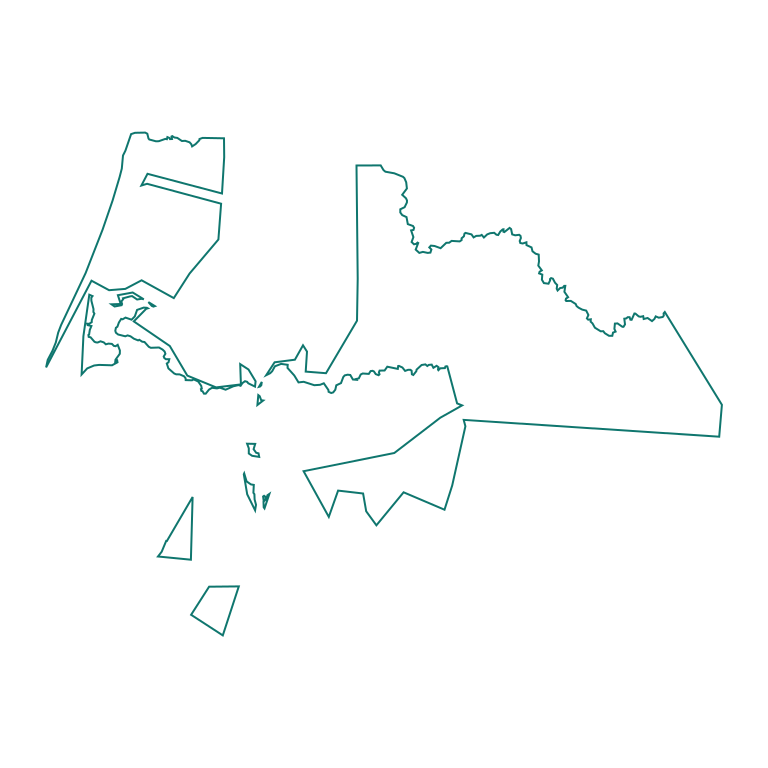 the district of Napranum, Queensland, Australia
{"feature_id": "25037944B72297710108089", "entity_name": "Napranum", "entity_type": "district", "adm_level": 2, "iso_a3": "AUS", "parent_name": "Australia", "parent_adm1": "Queensland", "projection": "albers", "projection_center": [142.04, -12.587], "detail": "fine", "context": "isolated", "style": "outline", "palette": "teal", "viewbox_px": 768, "rotation_deg": 0, "n_neighbors": 0, "source": "geoboundaries", "source_scale": "gbopen_adm2", "svg_char_len": 6105}
<svg xmlns="http://www.w3.org/2000/svg" viewBox="0 0 768 768"><path d="M447.3,366.4L457.1,403.4L462.1,405.4L440.3,417.7L394.3,453.0L303.6,471.2L328.8,516.9L338.1,490.6L363.1,493.5L366.2,511.3L376.4,525.3L403.6,492.3L444.5,509.7L452.2,485.5L465.4,426.3L463.7,419.9L719.2,436.7L721.9,404.8L664.8,312.0L663.6,313.4L663.8,315.6L662.7,317.0L658.8,317.7L655.7,316.4L654.4,319.0L652.0,321.1L647.6,318.0L643.7,319.0L643.2,316.2L640.5,316.8L638.7,316.4L635.4,313.6L634.4,313.5L631.6,319.8L630.4,319.7L629.6,317.2L627.7,317.2L626.3,318.4L624.3,318.7L625.0,324.4L623.5,326.8L622.4,326.8L617.5,323.4L614.9,323.6L614.4,328.9L615.6,331.6L613.0,332.6L612.3,335.8L609.0,335.8L604.8,333.2L603.3,331.2L600.7,331.3L594.9,327.7L592.5,323.4L590.6,321.6L590.8,319.3L588.2,319.7L586.9,318.4L588.4,315.0L586.2,310.6L582.2,309.6L578.6,307.7L576.6,306.1L575.7,304.0L570.8,300.9L566.2,301.0L565.6,300.2L566.0,298.6L568.1,297.2L564.4,291.8L565.3,285.9L564.2,285.9L562.7,287.7L560.2,288.0L557.6,290.5L556.7,288.7L557.2,285.0L555.0,282.7L552.9,278.7L551.1,278.1L550.0,279.1L550.1,280.4L548.5,283.7L543.9,283.1L541.9,279.7L542.3,274.6L539.1,273.4L539.6,271.7L541.8,270.4L538.3,265.6L539.0,261.5L538.7,254.6L535.6,253.7L532.5,251.3L531.5,247.4L526.5,245.1L526.4,242.3L522.7,243.5L520.3,243.0L519.7,241.0L520.9,238.0L520.5,235.9L519.2,234.8L515.2,235.3L512.2,234.4L511.1,229.1L509.6,227.9L504.3,232.1L503.4,231.7L503.5,229.3L502.7,229.4L500.3,231.5L498.2,235.0L496.4,234.7L494.2,232.8L490.2,233.2L487.2,234.4L483.9,237.5L481.7,234.9L480.2,235.7L476.2,235.9L473.6,237.4L471.5,234.4L465.5,232.9L464.5,233.6L463.9,236.3L461.6,238.3L461.6,240.1L459.7,241.4L451.6,240.9L449.2,242.7L446.3,242.8L440.6,248.2L434.6,246.0L430.9,245.6L429.3,247.4L431.4,249.5L430.4,252.6L427.7,252.9L422.9,251.9L419.3,252.9L415.7,249.6L418.2,243.0L417.5,242.6L416.3,243.8L414.0,244.3L411.6,242.0L413.4,237.1L411.1,230.4L413.5,229.9L414.1,227.8L413.0,226.0L407.8,224.1L406.5,217.1L402.2,215.1L400.3,212.5L400.3,209.3L404.6,207.2L406.9,202.5L407.0,200.5L406.0,198.3L402.2,194.8L406.9,188.5L406.2,182.3L404.4,178.1L403.0,176.8L394.3,173.3L385.4,171.7L383.5,170.1L380.7,165.4L356.5,165.5L357.7,278.8L357.0,320.7L326.0,373.2L305.7,371.6L307.0,351.6L303.0,345.3L294.9,359.7L274.6,362.3L266.2,375.2L270.2,373.2L272.2,371.2L274.9,366.3L281.1,363.9L287.7,364.8L287.5,367.9L294.3,375.5L298.5,382.4L303.7,381.8L314.3,385.2L320.1,384.8L323.8,383.3L328.4,390.0L328.6,391.8L331.2,393.0L333.2,392.4L335.3,389.7L336.3,385.3L341.0,383.1L343.3,377.0L344.7,375.4L347.6,374.7L350.3,375.0L352.9,379.5L356.6,379.8L356.1,379.0L358.8,378.4L360.7,374.5L362.7,373.5L368.8,373.9L370.6,371.1L372.6,370.8L374.0,371.5L375.7,374.1L378.6,375.2L379.5,374.3L378.9,372.3L379.6,370.6L384.6,370.5L387.3,366.7L397.8,368.9L398.2,366.0L398.9,365.9L402.4,367.5L405.1,370.9L408.1,369.8L410.4,369.8L411.6,370.7L411.9,374.3L413.3,375.0L416.3,371.2L416.6,369.6L421.6,365.0L425.4,364.4L427.3,366.0L428.8,364.9L431.7,364.6L433.4,367.8L436.6,365.8L438.4,367.1L438.0,369.6L438.4,370.2L440.3,368.3L444.9,368.1L445.4,366.5L446.6,366.2L447.3,366.4ZM224.0,138.3L202.6,137.9L199.5,139.0L199.3,140.3L195.6,144.1L192.1,146.4L191.3,144.2L189.6,142.3L185.2,140.8L181.9,141.0L177.3,137.9L174.4,137.5L172.3,136.1L171.5,136.5L172.0,139.0L170.0,139.1L169.5,138.0L167.4,137.1L166.9,139.2L165.3,138.9L158.8,141.2L156.0,141.3L149.3,139.5L148.5,138.5L147.3,133.7L145.2,132.6L135.0,132.8L131.1,134.1L125.4,150.7L123.0,155.5L121.8,168.6L119.6,177.1L112.6,200.5L102.6,229.6L85.6,273.1L61.1,325.0L58.2,332.6L55.8,342.5L52.5,350.7L47.7,359.9L46.1,367.4L91.5,280.7L109.1,290.2L125.3,288.9L141.6,280.3L173.8,298.1L189.6,273.5L218.4,239.5L221.1,203.7L147.1,183.8L141.4,185.5L147.5,173.8L222.0,193.5L224.2,157.2L224.0,138.3ZM118.1,334.5L125.3,336.3L127.6,335.4L130.5,336.3L133.9,338.7L138.1,340.4L139.3,339.8L142.2,341.7L144.5,342.0L148.8,346.8L150.8,347.8L159.0,347.5L162.6,349.6L164.6,351.5L165.4,353.8L163.7,356.5L164.3,358.0L165.9,359.2L169.3,359.2L168.5,362.3L166.8,363.5L168.4,368.4L174.2,373.5L176.1,374.3L179.7,374.4L184.1,376.3L185.6,378.3L185.7,380.1L192.0,380.3L193.7,379.4L198.2,381.5L201.2,385.8L201.8,388.6L200.9,389.1L201.3,390.8L202.6,391.3L204.0,393.7L205.7,393.7L209.0,389.6L212.0,387.8L217.0,388.4L219.9,387.7L225.6,389.7L233.3,386.3L238.5,385.1L240.6,385.8L242.4,383.1L245.0,381.2L247.1,381.8L248.3,383.3L255.0,386.6L255.6,381.3L248.5,369.5L240.2,364.1L240.9,384.4L216.1,387.4L187.3,375.6L169.8,346.0L133.8,321.4L146.2,308.8L147.8,308.3L146.9,307.8L143.7,307.6L137.1,309.9L134.8,316.4L131.6,319.7L125.5,317.6L122.6,319.3L121.2,318.9L118.9,322.5L117.4,326.7L115.9,327.8L115.3,330.8L115.9,332.7L118.1,334.5ZM238.8,586.4L209.1,586.7L191.1,614.8L222.8,635.4L238.8,586.4ZM81.6,374.5L87.2,368.4L94.1,365.5L99.1,364.9L112.0,365.3L117.5,362.3L117.0,359.4L116.2,362.0L115.2,362.1L115.5,359.7L119.8,353.8L119.9,350.5L117.7,344.8L115.6,346.2L113.9,345.9L111.9,343.9L108.5,343.6L105.8,344.3L103.8,342.4L100.5,341.3L97.7,342.5L96.1,342.4L94.5,341.8L90.6,337.3L88.7,336.9L88.4,335.0L89.1,334.5L89.8,329.9L91.4,326.0L87.6,325.1L87.2,323.7L89.2,323.8L91.7,322.2L91.8,320.0L94.4,313.6L93.4,312.0L93.5,309.1L91.4,300.8L91.3,297.7L92.5,296.1L89.3,294.7L83.4,336.2L81.6,374.5ZM166.2,540.9L161.7,551.7L158.0,556.5L190.9,559.7L192.6,497.0L166.9,541.0L166.2,540.9ZM255.1,510.3L256.0,504.8L254.6,499.4L254.4,494.2L253.4,492.8L253.8,484.9L250.9,484.4L246.6,481.4L244.2,473.4L243.8,474.3L247.2,494.3L255.1,510.3ZM111.5,304.3L114.6,306.5L121.6,305.2L122.1,304.0L121.3,301.6L123.3,299.0L123.0,298.3L130.1,296.4L132.1,296.1L137.1,299.5L141.5,298.8L143.8,299.3L132.7,292.5L117.9,295.2L120.7,304.0L111.5,304.3ZM259.2,456.9L258.5,453.3L256.2,452.8L253.6,449.2L255.2,443.9L247.1,443.7L248.8,448.3L248.8,453.5L252.1,455.8L259.2,456.9ZM264.5,508.4L269.4,493.9L267.4,495.3L266.8,498.5L263.5,501.7L263.7,507.3L264.5,508.4ZM258.3,395.1L257.4,405.0L263.2,400.5L261.2,400.2L259.7,396.2L258.3,395.1ZM263.6,500.3L265.3,499.6L265.7,498.6L265.4,496.8L264.1,495.8L263.1,496.5L263.6,500.3ZM148.4,302.1L151.8,305.9L153.4,306.6L154.9,306.1L148.4,302.1ZM261.8,381.9L259.0,386.8L260.1,386.5L261.3,385.2L261.8,381.9Z" fill="none" stroke="#0f766e" stroke-width="2"/></svg>